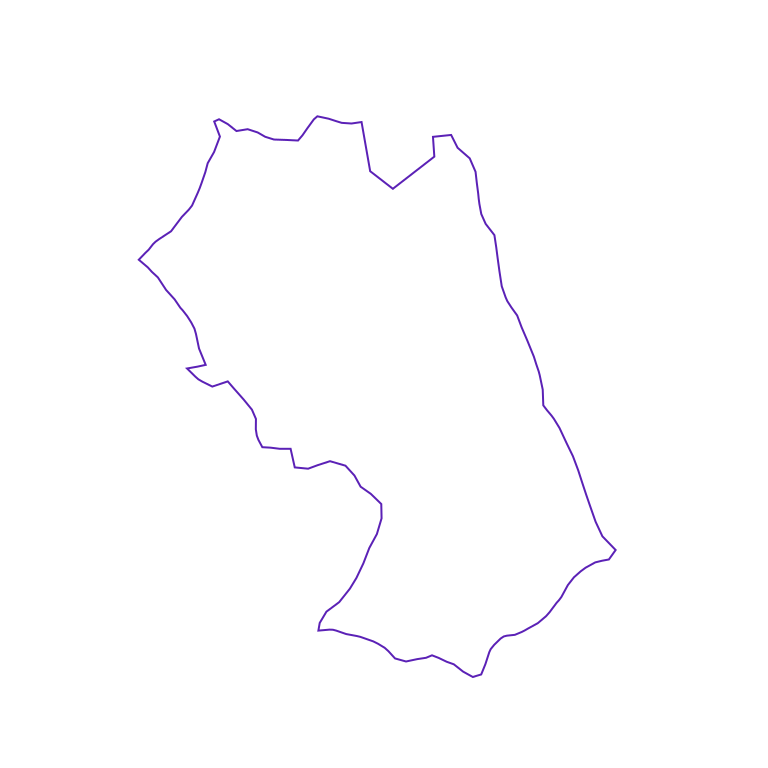 outline of Kitutu Chache South, Nyanza, Kenya, rotated 198°
{"feature_id": "3690345B32421349480810", "entity_name": "Kitutu Chache South", "entity_type": "district", "adm_level": 2, "iso_a3": "KEN", "parent_name": "Kenya", "parent_adm1": "Nyanza", "projection": "mercator", "projection_center": [34.755, -0.617], "detail": "fine", "context": "isolated", "style": "outline", "palette": "violet", "viewbox_px": 768, "rotation_deg": 198, "n_neighbors": 0, "source": "geoboundaries", "source_scale": "gbopen_adm2", "svg_char_len": 2362}
<svg xmlns="http://www.w3.org/2000/svg" viewBox="0 0 768 768"><g transform="rotate(198 384 384)"><path d="M387.0,631.4L397.1,641.6L413.8,634.2L406.4,615.8L435.9,572.4L462.9,582.1L486.3,626.2L495.4,621.7L504.9,619.3L510.6,619.2L518.6,619.2L530.1,618.0L532.5,614.0L535.9,603.6L538.4,595.3L541.0,589.0L552.4,585.9L564.2,582.5L573.4,582.4L578.1,583.4L581.9,584.2L592.4,584.2L602.5,579.0L612.9,582.9L622.7,584.8L626.6,581.2L616.5,568.6L617.3,552.1L619.9,539.5L619.4,530.2L619.6,518.8L619.8,513.3L620.2,508.3L621.7,494.4L623.5,489.5L627.9,480.4L632.1,468.2L633.7,463.5L642.5,452.5L645.2,448.8L646.9,445.6L649.3,439.0L651.6,434.7L655.6,426.4L644.6,421.9L639.6,419.0L632.0,415.5L620.3,406.1L609.3,399.8L601.3,393.6L598.3,391.9L592.1,387.7L586.4,383.0L581.4,378.1L578.3,373.5L570.9,360.6L559.5,347.1L566.7,342.9L576.1,337.9L565.7,332.7L562.0,331.1L557.4,330.1L546.5,328.5L533.4,338.2L524.8,333.0L512.9,326.0L501.7,318.8L495.0,311.2L491.9,301.3L489.0,295.6L486.2,292.1L480.2,286.3L472.2,288.4L463.4,290.1L452.8,293.5L443.1,277.1L430.0,280.0L422.0,286.3L411.5,293.9L395.4,294.4L383.8,287.8L374.5,279.1L362.5,275.4L349.5,269.0L344.8,255.5L344.4,239.1L347.3,223.5L348.2,207.0L350.3,191.0L353.2,178.8L359.2,162.7L368.4,149.7L371.3,136.9L370.2,129.2L366.4,130.8L359.8,133.6L356.6,134.5L353.2,134.7L342.7,134.5L332.1,135.9L328.4,136.2L323.7,136.1L314.7,135.9L309.4,135.1L301.8,133.3L297.3,131.3L288.7,126.4L277.3,126.9L267.4,132.6L259.4,136.6L254.5,140.8L247.4,140.4L238.5,139.2L231.0,139.0L219.9,134.9L209.0,132.8L206.0,134.9L201.8,137.8L201.0,148.8L201.0,161.5L200.6,164.8L198.6,170.0L194.4,178.0L192.1,180.9L189.4,182.6L182.0,185.9L176.3,190.8L174.0,193.1L171.4,196.0L163.8,204.1L158.1,213.3L155.9,218.4L154.8,221.7L152.2,229.3L150.8,232.4L149.5,236.2L147.0,249.6L143.6,258.9L139.0,266.7L135.5,271.6L128.0,279.6L122.0,283.3L115.9,286.6L112.4,297.7L129.2,306.6L140.2,318.4L151.1,332.7L157.5,341.2L162.5,348.0L165.5,352.1L172.6,361.9L182.0,373.7L192.1,384.2L203.5,396.4L211.7,403.4L214.9,405.7L220.7,409.3L225.9,412.9L231.3,427.7L238.7,440.6L240.7,443.7L245.2,449.7L249.9,456.3L261.3,469.8L270.6,480.4L278.5,490.3L286.5,496.2L292.3,500.9L295.1,504.0L302.2,513.3L309.0,526.8L314.9,539.0L319.5,548.7L325.0,559.7L336.8,567.7L344.0,575.7L348.9,584.7L351.1,589.3L353.3,594.3L357.9,604.0L362.5,614.1L372.2,625.1L387.0,631.4Z" fill="none" stroke="#5b21b6" stroke-width="2"/></g></svg>